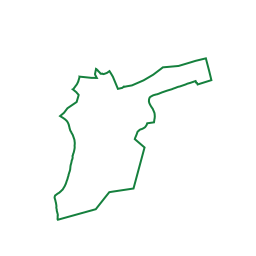 Beane Field, Vieux Fort, Saint Lucia, rotated 161°
{"feature_id": "8701671B19465815393412", "entity_name": "Beane Field", "entity_type": "district", "adm_level": 2, "iso_a3": "LCA", "parent_name": "Saint Lucia", "parent_adm1": "Vieux Fort", "projection": "orthographic", "projection_center": [-60.946, 13.74], "detail": "fine", "context": "isolated", "style": "outline", "palette": "green", "viewbox_px": 256, "rotation_deg": 161, "n_neighbors": 0, "source": "geoboundaries", "source_scale": "gbopen_adm2", "svg_char_len": 4885}
<svg xmlns="http://www.w3.org/2000/svg" viewBox="0 0 256 256"><g transform="rotate(161 128 128)"><path d="M118.7,168.4L119.0,168.3L119.2,168.2L120.5,167.8L123.0,168.1L124.8,168.3L125.6,181.4L126.3,184.8L127.0,187.8L129.7,187.0L130.9,186.9L131.1,186.9L131.8,186.9L133.1,186.9L133.5,186.9L133.8,187.0L134.0,187.1L134.2,187.3L134.3,187.4L134.3,187.5L134.5,187.7L134.7,187.8L134.8,187.9L135.0,187.9L135.4,187.9L135.5,187.9L135.9,188.0L136.1,188.2L136.3,188.4L136.3,188.5L136.4,188.8L136.5,189.0L136.6,189.4L136.7,189.6L137.0,190.3L137.2,190.6L137.3,190.9L137.4,191.0L137.5,191.1L137.6,191.4L137.6,191.6L137.7,191.8L137.8,191.9L137.9,192.3L138.0,192.4L138.0,192.6L138.2,192.8L138.3,193.2L138.6,193.7L138.7,193.9L138.9,194.2L139.0,194.3L139.2,193.9L139.5,193.3L140.0,192.6L140.6,191.5L141.3,190.3L141.4,190.2L141.7,189.6L141.7,189.1L141.7,188.7L141.6,188.2L141.5,187.6L141.4,187.1L141.4,186.7L141.2,185.5L146.2,187.3L157.0,192.3L157.0,192.2L157.3,191.9L158.1,190.7L158.4,190.3L158.7,189.9L159.0,189.5L159.4,188.9L159.6,188.7L159.9,188.1L160.1,188.0L160.7,187.3L161.0,187.1L161.2,186.8L161.6,186.4L162.1,186.0L163.0,185.3L163.2,185.2L164.0,184.7L164.5,184.3L165.1,183.9L165.4,183.7L166.0,183.3L166.3,183.1L166.8,182.7L167.0,182.7L167.3,182.4L167.5,182.4L165.1,178.5L165.0,178.1L164.8,177.5L164.2,176.2L163.9,175.3L164.7,174.1L168.1,169.3L178.8,166.4L183.6,163.2L188.3,161.4L187.5,160.4L187.1,159.9L185.9,158.4L184.7,156.7L184.3,156.0L184.1,155.5L183.8,155.1L183.5,154.3L183.3,153.6L183.1,152.6L183.0,151.7L183.0,151.3L182.9,150.6L183.0,150.4L183.0,149.3L183.1,149.1L183.1,148.4L183.2,147.4L183.3,147.1L183.3,146.1L183.4,144.7L183.3,143.9L183.0,142.6L183.0,142.2L183.0,141.8L182.8,141.0L182.7,140.5L182.6,139.9L182.5,139.4L182.5,139.2L182.5,138.2L182.5,137.4L182.5,136.5L182.5,136.3L182.5,134.4L182.7,133.3L182.8,133.0L183.2,131.1L183.6,130.2L183.7,129.9L183.9,129.4L184.2,128.9L184.7,127.1L185.1,126.2L185.5,125.5L185.7,125.1L185.8,124.9L186.3,124.1L186.8,123.3L187.6,122.1L188.1,121.6L188.5,121.0L189.0,120.2L189.2,119.9L189.4,119.8L189.6,119.6L189.7,119.1L189.9,118.3L190.1,117.7L190.5,117.2L190.7,116.8L191.0,116.4L191.7,115.7L191.8,115.5L191.9,115.4L192.3,114.6L193.4,112.8L194.1,111.9L194.6,111.0L194.8,110.7L195.1,110.0L195.5,109.1L195.7,108.7L196.1,107.8L196.3,107.4L196.8,106.7L197.1,106.2L197.5,105.7L197.9,105.2L198.2,104.8L198.9,103.8L199.4,103.2L199.8,102.3L199.9,102.2L200.7,101.2L201.2,100.5L201.4,100.2L201.5,99.9L201.8,99.6L202.2,99.0L202.9,98.2L203.3,97.7L203.5,97.5L203.8,97.0L204.2,96.5L204.4,96.2L204.9,95.7L205.1,95.3L205.7,94.8L206.1,94.3L206.5,93.9L206.9,93.5L208.0,92.6L208.4,92.3L208.9,91.8L209.6,91.3L209.8,91.1L210.4,90.8L210.8,90.7L211.2,90.5L211.7,90.2L212.2,90.0L212.6,89.8L213.0,89.7L213.3,89.6L213.5,89.4L213.9,89.3L214.6,89.1L214.9,89.0L215.8,88.9L216.7,88.6L217.8,88.2L218.6,88.0L218.9,87.9L219.2,87.5L219.5,87.1L219.8,86.7L220.0,86.3L220.1,86.0L220.1,85.4L220.2,85.2L220.2,84.9L220.2,83.9L220.3,82.8L220.4,82.1L220.5,80.8L220.5,80.4L220.7,79.7L220.8,78.8L220.9,78.2L221.2,77.3L221.3,76.8L221.5,76.5L221.7,76.1L221.9,74.6L222.0,73.8L222.0,73.7L222.3,73.0L222.4,71.0L222.5,70.1L222.5,69.6L222.6,68.9L222.9,68.0L223.1,67.9L223.2,67.6L223.3,67.2L223.5,66.8L223.7,66.0L223.9,65.6L224.2,65.0L224.3,64.5L224.2,64.1L184.9,61.7L171.5,70.3L166.6,73.4L163.6,72.9L142.5,69.0L118.7,104.2L125.2,115.3L124.2,116.6L123.8,117.0L123.0,117.9L121.7,119.4L120.7,120.7L120.1,121.4L119.4,121.7L118.9,121.8L117.8,122.4L116.6,122.6L115.4,122.5L114.4,122.6L113.7,122.7L112.7,122.9L111.6,123.2L110.3,124.1L109.2,125.0L108.3,126.2L101.6,124.9L100.8,126.4L100.3,127.4L100.0,128.0L99.7,128.4L99.4,129.0L99.3,129.4L99.0,129.9L98.8,130.6L98.5,131.7L98.3,132.4L98.2,133.0L98.1,133.5L98.1,133.8L98.1,134.5L98.2,134.9L98.2,135.4L98.2,135.9L98.3,136.6L98.4,138.2L98.6,138.9L98.8,139.4L98.9,140.0L99.1,140.6L99.2,141.1L99.3,141.6L99.4,142.2L99.5,142.7L99.6,143.2L99.6,143.7L99.7,144.2L99.7,144.6L99.7,145.2L99.6,145.7L99.6,145.9L99.6,146.2L99.4,146.7L99.2,147.2L99.1,147.6L98.9,148.0L98.6,148.4L98.4,148.8L98.1,149.1L97.9,149.4L97.5,149.8L96.6,150.2L96.0,150.3L94.9,150.5L93.7,150.7L93.2,150.7L92.2,150.7L91.7,150.6L90.9,150.6L90.2,150.5L89.6,150.4L88.9,150.4L88.5,150.4L87.4,150.4L86.6,150.5L85.7,150.5L84.6,150.6L83.9,150.6L82.8,150.6L81.9,150.6L81.0,150.6L80.4,150.6L79.6,150.6L78.8,150.6L76.5,150.5L74.4,150.4L73.2,150.4L72.6,150.5L70.0,150.5L68.4,150.6L66.9,150.6L65.6,150.4L64.4,150.4L63.1,150.4L61.7,150.4L60.4,150.4L59.3,150.4L58.3,150.5L58.1,150.5L57.4,150.6L56.5,150.5L55.4,150.5L55.2,150.4L54.3,150.4L54.0,150.4L53.4,150.4L50.7,150.4L48.8,150.4L48.7,149.8L48.8,149.3L48.9,149.0L48.9,148.8L48.6,148.5L48.3,148.3L48.1,148.1L48.0,146.5L33.6,146.1L33.3,149.0L32.7,155.4L31.9,166.1L31.7,168.5L42.2,169.5L48.1,169.7L60.0,170.2L70.5,172.8L75.3,174.0L77.3,173.3L86.8,170.2L97.7,168.0L110.4,167.0L115.5,167.8L118.7,168.2L118.7,168.4Z" fill="none" stroke="#15803d" stroke-width="2"/></g></svg>